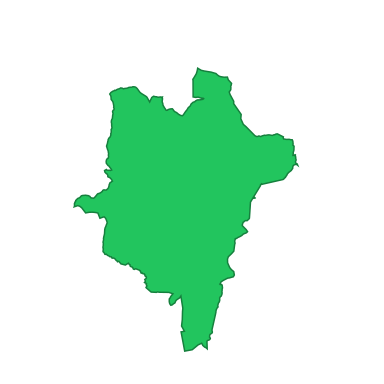 San Antonio Cañada, Puebla, Mexico, rotated 319°
{"feature_id": "50627088B68124380296432", "entity_name": "San Antonio Cañada", "entity_type": "district", "adm_level": 2, "iso_a3": "MEX", "parent_name": "Mexico", "parent_adm1": "Puebla", "projection": "orthographic", "projection_center": [-97.28, 18.495], "detail": "fine", "context": "isolated", "style": "filled", "palette": "green", "viewbox_px": 384, "rotation_deg": 319, "n_neighbors": 0, "source": "geoboundaries", "source_scale": "gbopen_adm2", "svg_char_len": 6027}
<svg xmlns="http://www.w3.org/2000/svg" viewBox="0 0 384 384"><g transform="rotate(319 192 192)"><path d="M218.2,249.4L229.5,238.0L234.1,236.5L234.4,237.1L234.9,236.9L235.4,237.9L235.7,237.9L235.6,236.6L235.3,236.1L247.9,232.1L248.3,231.6L249.9,231.5L249.9,232.1L268.9,242.3L270.1,242.4L270.8,242.2L272.1,242.3L272.3,242.0L274.4,241.6L275.3,241.2L275.5,241.0L277.8,240.7L281.2,240.9L281.8,240.6L283.4,240.3L284.7,239.0L285.9,238.5L286.5,238.5L287.8,238.9L288.7,239.5L289.1,240.2L289.3,241.2L289.8,239.8L289.3,238.6L289.5,237.8L290.0,237.0L291.5,236.2L292.1,235.3L292.2,234.7L293.3,233.6L293.4,232.8L294.4,231.8L294.3,231.5L294.0,231.4L293.3,231.4L292.2,230.6L293.7,229.4L294.5,228.4L296.0,227.6L296.4,227.0L297.1,226.6L297.4,226.1L298.9,224.6L299.1,224.2L298.9,222.8L299.8,222.1L301.5,219.7L301.9,218.3L300.8,217.3L300.0,216.1L297.8,214.3L295.9,212.0L296.7,210.5L297.1,210.3L294.6,204.2L293.5,203.4L291.9,203.0L291.5,202.6L289.7,202.0L287.7,199.5L286.7,198.7L284.6,197.5L284.0,196.7L281.6,195.6L280.6,195.4L280.0,195.0L279.7,194.2L279.1,193.5L278.2,193.3L277.3,192.6L277.0,192.2L276.4,190.8L275.6,178.0L275.1,174.6L276.9,168.7L280.0,165.7L281.4,152.7L283.0,150.9L284.7,143.3L285.7,140.9L287.7,140.5L288.5,140.1L290.1,138.4L290.6,137.5L291.5,137.2L293.1,136.0L293.0,131.1L294.1,128.5L291.5,126.4L289.4,123.9L288.5,122.4L288.0,120.4L287.8,118.3L285.1,114.1L280.6,108.7L278.8,106.2L277.5,102.3L275.2,104.1L272.8,105.6L267.9,107.2L266.6,107.5L265.8,108.7L255.2,121.0L256.9,123.1L258.8,124.3L259.6,125.5L260.0,126.4L262.1,128.9L262.1,129.2L261.0,129.2L258.5,127.7L256.4,126.0L254.4,125.6L253.2,125.7L251.8,125.0L249.1,125.0L247.1,125.9L244.5,125.9L242.1,126.7L240.1,127.0L236.4,128.0L235.3,128.2L234.7,128.1L233.5,126.5L233.3,125.5L232.9,124.9L232.5,122.0L231.7,120.1L231.6,118.9L231.8,117.1L231.7,116.2L229.8,114.9L228.0,114.1L227.0,114.1L226.2,113.5L226.1,113.1L226.3,112.3L226.5,110.3L227.1,107.4L228.1,105.9L228.6,104.5L229.4,103.6L230.3,102.9L231.1,102.0L231.1,101.5L232.0,100.9L231.2,100.4L230.7,99.7L228.5,98.2L227.7,96.8L227.0,96.2L225.8,94.5L223.6,94.3L219.1,96.3L220.2,90.8L220.0,89.5L218.4,84.3L218.1,82.5L218.5,77.9L218.3,76.2L217.9,75.3L216.8,74.1L216.1,73.6L215.1,73.3L214.1,72.4L212.9,71.6L211.3,71.2L209.0,69.6L207.9,69.1L207.6,68.1L206.5,66.7L204.9,66.4L203.0,65.5L200.9,65.2L200.4,64.5L199.2,64.4L198.5,64.0L196.0,63.7L194.2,64.1L194.0,64.9L193.9,65.8L193.4,66.9L191.7,69.1L191.6,71.3L191.2,72.7L189.2,76.1L188.5,76.6L188.2,77.0L187.9,78.2L186.7,78.8L186.0,78.6L185.1,79.0L184.7,79.3L183.8,81.1L182.5,82.0L180.1,84.3L179.2,84.6L178.0,85.3L176.9,86.4L176.2,87.7L174.9,89.2L173.7,91.1L172.5,91.7L172.1,91.7L170.2,94.0L168.8,94.8L168.4,95.5L167.6,96.1L166.0,96.8L164.6,96.8L163.0,97.5L162.7,97.9L161.2,98.9L160.1,99.8L157.6,101.3L156.0,104.9L155.9,105.7L154.9,107.1L154.5,108.0L152.9,109.5L152.2,110.7L150.9,111.5L150.1,111.2L148.4,111.7L147.1,112.8L146.2,114.1L146.0,116.9L146.4,118.4L146.2,118.8L146.1,121.2L145.8,122.7L144.6,122.3L143.9,121.3L143.0,120.7L142.1,119.7L142.1,118.8L141.1,118.7L140.1,118.4L139.3,119.9L139.4,122.0L139.7,122.6L139.4,124.2L138.6,125.1L138.5,125.4L139.4,127.2L139.5,129.8L139.0,131.6L138.4,131.4L137.6,131.5L136.4,131.2L136.0,131.3L134.2,132.2L133.2,133.1L131.6,134.0L131.1,134.2L129.2,134.3L128.5,134.2L127.9,133.7L127.2,132.9L126.6,132.4L126.2,132.3L125.5,132.3L124.6,132.8L123.9,132.6L122.6,132.6L120.6,132.0L120.1,131.6L119.3,131.5L115.9,132.1L113.7,132.2L111.9,130.1L112.0,128.2L111.4,126.8L110.9,126.1L110.5,125.9L109.8,124.8L107.1,122.8L106.0,122.3L103.5,122.6L101.5,121.9L98.7,122.1L98.0,122.7L96.9,122.9L96.4,123.4L95.7,123.6L94.0,125.6L93.4,125.9L96.8,127.3L97.9,129.0L98.4,131.6L98.0,138.0L101.3,140.0L103.5,141.8L105.5,143.9L107.2,146.1L105.3,151.4L108.4,152.6L109.5,153.3L109.5,155.4L108.5,158.3L107.7,159.7L105.6,160.7L104.3,161.5L103.2,161.9L101.6,163.0L98.5,166.2L96.1,167.9L94.7,169.0L94.0,170.0L91.9,171.5L91.6,172.4L90.8,173.1L90.1,174.1L89.5,174.4L88.1,175.8L87.9,176.6L85.9,178.4L85.7,179.0L85.9,179.9L85.4,181.9L86.0,182.5L86.5,182.7L86.7,184.5L87.3,185.6L87.6,187.1L88.6,188.0L88.3,189.5L89.5,190.4L89.8,191.1L90.0,191.7L89.9,193.9L90.2,194.6L90.0,195.8L91.1,196.2L91.3,196.5L91.2,199.6L93.8,203.4L97.3,204.0L97.1,205.6L97.5,206.5L96.9,207.1L96.7,207.7L97.7,209.7L97.7,210.2L97.2,211.4L97.4,212.2L97.7,212.6L99.2,213.0L101.1,216.7L101.2,217.7L100.8,218.1L100.8,218.9L100.4,219.7L100.5,220.0L100.8,220.0L101.3,220.4L101.4,221.7L102.3,222.5L102.1,223.6L101.5,224.4L101.6,225.4L101.9,225.6L101.7,226.3L100.9,227.1L100.6,227.2L99.0,227.0L98.5,228.4L97.9,229.0L96.8,229.1L97.0,229.9L97.3,230.0L97.5,231.3L97.1,231.4L96.6,231.9L96.6,232.9L96.0,233.5L94.7,233.8L94.6,234.2L95.5,240.7L99.3,244.4L100.3,244.7L101.8,246.4L108.7,252.6L110.8,256.3L107.5,256.9L105.9,257.6L104.7,257.8L103.0,259.7L102.2,261.0L101.8,262.2L101.7,263.6L103.0,264.2L104.8,264.2L106.3,264.5L108.1,263.6L109.4,263.3L113.3,263.8L115.4,263.2L108.8,273.7L106.4,276.0L100.8,282.1L96.2,286.3L94.9,292.1L92.0,290.4L82.1,307.3L88.7,311.2L96.4,311.4L100.1,312.5L99.5,314.9L99.8,317.4L100.3,318.2L100.6,320.3L105.4,314.4L106.4,314.3L108.2,315.0L109.4,314.8L109.8,314.5L110.0,314.2L109.9,313.2L111.5,311.6L112.4,311.3L114.2,311.6L115.1,311.4L115.8,310.6L116.3,309.5L117.1,308.8L129.5,299.7L131.3,298.3L131.7,297.8L132.9,296.9L134.5,296.1L136.3,295.8L136.6,295.0L137.5,294.2L139.2,293.1L140.7,292.8L141.1,292.3L141.8,292.0L143.4,290.1L144.4,289.7L145.9,289.7L147.8,288.6L148.7,287.7L149.0,287.0L150.0,286.2L151.0,285.1L152.1,284.4L153.5,282.3L153.7,281.5L152.6,280.4L152.6,279.8L153.7,279.7L154.3,279.1L155.0,278.9L157.5,279.2L162.4,280.4L164.1,281.5L167.6,283.1L169.5,282.4L171.3,279.4L170.8,276.4L170.9,273.7L172.4,268.8L174.8,265.9L176.9,264.7L181.3,264.5L184.7,264.1L189.9,259.5L191.0,258.8L191.6,257.6L192.7,256.5L193.3,256.3L194.1,255.6L195.1,256.3L196.7,256.4L198.6,257.0L201.0,257.5L203.2,257.4L206.3,258.5L207.9,258.4L208.2,256.1L207.9,250.4L208.3,249.9L210.7,248.4L211.9,248.6L212.3,248.4L213.6,248.7L214.8,249.8L217.6,249.7L218.2,249.4Z" fill="#22c55e" stroke="#15803d" stroke-width="1.5"/></g></svg>